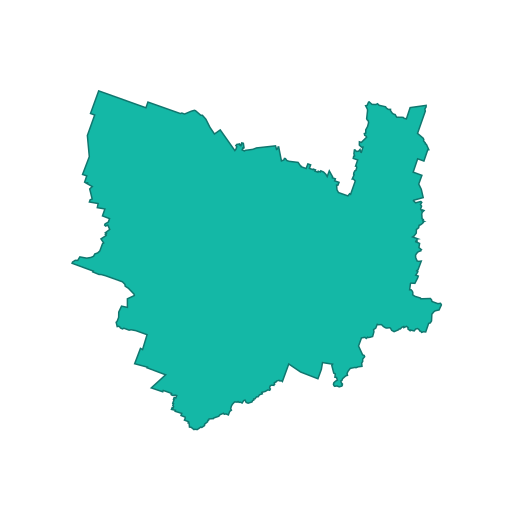 outline of Western Downs, Queensland, Australia, rotated 102°
{"feature_id": "25037944B15079852191884", "entity_name": "Western Downs", "entity_type": "district", "adm_level": 2, "iso_a3": "AUS", "parent_name": "Australia", "parent_adm1": "Queensland", "projection": "albers", "projection_center": [150.512, -26.807], "detail": "fine", "context": "isolated", "style": "filled", "palette": "teal", "viewbox_px": 512, "rotation_deg": 102, "n_neighbors": 0, "source": "geoboundaries", "source_scale": "gbopen_adm2", "svg_char_len": 6076}
<svg xmlns="http://www.w3.org/2000/svg" viewBox="0 0 512 512"><g transform="rotate(102 256 256)"><path d="M127.2,444.2L151.0,447.5L151.6,443.1L173.2,446.0L193.5,439.7L212.3,442.6L212.8,438.2L219.4,439.0L220.1,437.0L219.5,436.7L219.4,436.0L220.4,436.0L222.1,430.6L225.0,432.6L234.3,428.1L235.5,429.9L237.8,430.2L237.5,421.3L241.7,421.3L241.4,413.6L248.7,414.5L249.9,407.0L253.5,407.5L256.0,410.3L257.2,410.5L258.0,409.3L256.6,407.4L260.4,404.6L264.5,408.1L264.8,406.9L265.4,406.9L266.1,407.9L267.1,406.8L271.5,411.2L274.9,407.7L275.9,408.7L283.5,409.8L285.9,411.5L287.5,414.1L290.0,414.8L291.7,417.1L293.3,421.1L293.5,428.1L297.4,429.5L297.8,431.9L300.1,434.2L301.4,434.4L304.6,412.0L305.5,412.3L306.7,405.8L306.3,403.4L306.6,398.9L309.0,381.3L311.0,378.3L312.7,377.7L314.1,374.1L318.7,367.3L320.0,366.8L324.6,372.9L333.0,371.1L333.0,377.1L339.4,378.6L344.6,377.6L348.9,378.3L349.9,379.0L353.9,377.1L353.3,375.8L353.8,374.4L354.6,373.6L355.1,371.4L354.1,370.2L354.9,364.7L354.1,362.8L354.0,358.0L355.6,346.2L371.1,347.5L370.4,349.8L386.6,352.3L387.3,339.1L388.0,339.3L391.0,319.7L406.8,331.0L408.2,319.0L406.8,318.8L407.2,315.4L408.0,310.0L409.2,310.2L409.7,308.9L408.9,306.0L409.0,304.5L411.5,304.9L411.3,306.6L413.4,306.9L413.5,306.3L417.5,306.8L417.7,305.9L419.5,306.3L420.4,305.3L422.0,305.5L421.8,306.5L423.6,306.8L423.7,302.7L424.7,302.8L425.4,295.9L427.6,296.2L428.3,291.9L429.3,291.5L431.4,291.9L432.1,287.5L433.4,287.7L433.4,286.7L437.2,285.5L437.0,283.9L438.7,280.6L438.2,279.9L438.0,277.4L434.8,274.4L435.0,273.4L432.6,271.1L431.2,271.3L428.2,268.9L426.7,268.9L426.4,268.2L425.1,268.0L423.9,263.8L423.1,263.5L420.5,259.1L418.7,258.2L416.6,255.1L417.4,254.2L416.7,252.5L417.2,250.0L413.5,249.4L411.9,248.0L410.7,249.0L408.1,248.9L406.0,248.3L403.2,246.6L402.8,243.9L402.1,243.3L402.7,242.1L402.2,241.0L402.7,239.0L400.0,238.0L399.2,236.8L401.3,235.2L401.6,233.1L399.6,229.6L398.2,229.3L397.3,228.2L396.3,228.5L395.9,227.3L393.6,226.2L393.3,224.7L391.0,223.7L389.5,221.2L388.2,222.0L386.5,218.7L384.5,216.6L384.5,214.7L383.1,214.3L382.3,215.3L380.3,215.2L379.2,214.2L378.8,211.7L378.3,211.9L377.5,211.1L376.4,211.8L375.3,210.9L375.3,210.4L373.9,209.7L372.8,207.6L373.3,206.6L372.7,205.2L373.3,204.1L354.8,201.5L360.2,188.3L363.2,169.9L353.3,168.5L346.4,168.8L345.9,158.6L347.3,159.1L354.4,155.6L354.9,153.9L358.2,153.6L358.1,152.0L360.5,150.6L361.9,152.2L363.8,153.5L365.4,153.6L366.6,152.8L367.1,152.0L366.3,149.8L366.7,147.4L365.4,145.0L364.4,144.7L363.6,145.3L363.2,144.9L362.0,146.4L360.5,147.0L359.9,146.1L358.0,145.8L354.6,143.3L353.7,141.7L352.1,142.5L349.8,142.1L346.3,140.4L344.4,136.0L344.5,135.0L343.2,133.1L341.9,129.4L338.7,130.4L337.0,129.7L334.6,130.2L331.9,128.8L330.8,129.5L330.5,131.2L322.7,137.0L314.2,135.8L312.9,132.6L313.7,131.0L312.2,130.0L312.5,129.5L311.9,127.8L310.5,125.2L305.7,124.9L303.5,125.7L301.7,123.9L297.6,123.2L297.8,122.2L297.0,119.0L298.5,116.7L299.3,114.4L299.3,113.1L298.4,110.5L298.6,109.5L300.5,107.8L301.3,105.2L298.5,101.2L297.5,100.7L297.3,99.6L295.5,98.6L294.3,96.9L295.3,96.5L293.5,94.2L294.4,92.3L295.8,92.2L297.0,89.8L296.3,89.7L296.4,85.7L294.3,84.7L293.4,83.0L293.9,81.4L295.3,80.2L295.3,79.3L296.3,78.1L295.3,76.5L295.0,74.2L286.0,73.1L285.2,71.6L283.0,70.8L276.4,71.9L273.5,70.4L272.3,69.2L270.7,65.7L265.3,64.5L264.6,65.0L263.9,65.7L264.8,68.2L263.9,74.4L262.5,75.1L261.3,76.6L263.6,85.9L262.9,86.4L262.4,92.3L261.3,94.7L259.4,94.9L258.0,95.7L256.8,97.3L257.1,98.7L250.9,99.2L250.3,98.8L249.7,94.9L243.8,93.3L241.9,93.1L241.5,95.8L238.4,94.6L237.3,94.5L237.1,95.7L235.4,94.6L226.6,93.3L227.4,95.6L227.4,97.3L224.4,99.5L221.9,100.1L220.0,99.4L218.1,98.2L216.6,95.8L215.8,96.0L215.4,95.6L213.9,98.4L209.7,98.6L208.8,102.8L208.2,102.8L207.8,101.6L206.0,102.2L205.6,101.2L204.8,106.8L203.6,105.6L200.3,104.0L196.7,104.6L194.6,102.8L192.0,102.8L191.4,101.6L189.5,100.0L188.4,99.3L188.2,99.7L187.3,99.5L187.1,98.9L186.7,100.3L185.6,99.9L185.0,101.3L180.5,102.6L178.7,102.5L176.6,101.1L176.3,103.0L177.2,103.5L175.8,104.8L172.8,104.4L171.4,105.9L169.1,105.0L168.4,106.1L170.8,111.0L169.2,113.5L168.6,113.3L164.1,104.6L156.4,108.2L151.8,111.8L142.6,110.5L141.3,119.7L127.3,118.1L128.2,111.5L116.5,110.1L116.1,109.1L111.3,112.6L111.1,113.7L110.1,114.0L108.7,116.0L107.2,116.1L106.0,117.0L102.5,123.5L79.1,120.5L77.1,121.4L74.9,120.6L73.3,120.9L78.8,136.1L90.6,137.4L90.5,139.8L89.8,141.0L91.0,147.3L88.7,149.3L88.6,151.0L87.9,152.5L85.8,154.7L84.6,154.9L85.1,157.1L84.2,159.2L83.1,160.3L83.0,166.9L81.8,168.8L82.9,170.2L83.6,174.1L81.7,177.4L82.1,177.9L85.6,178.6L86.2,180.0L89.3,177.5L90.8,177.1L98.8,176.3L99.9,175.3L100.1,174.5L102.2,173.6L106.2,173.8L109.8,174.9L113.0,174.2L113.7,175.5L115.3,174.8L115.8,173.3L116.8,172.5L123.0,176.6L122.8,178.6L126.0,178.0L127.6,175.5L127.3,174.0L132.7,174.5L132.6,175.2L130.2,176.4L132.2,177.5L132.8,179.6L131.6,181.3L131.8,181.8L135.6,181.5L137.6,180.4L138.1,181.2L140.3,181.2L140.9,176.5L147.4,177.3L147.3,176.5L148.5,175.8L151.4,176.1L152.2,177.1L154.4,177.6L155.8,177.5L156.1,176.9L160.7,177.9L160.5,176.7L162.0,174.5L176.0,176.3L175.6,177.3L178.1,178.6L176.8,188.5L174.4,190.6L169.9,191.9L169.7,190.6L166.7,190.1L166.1,194.7L164.0,194.4L163.6,197.6L162.7,197.5L157.5,202.0L163.5,202.9L161.6,204.6L159.8,207.4L159.2,210.3L160.4,210.5L160.1,212.8L161.2,212.9L160.7,216.0L159.4,215.7L159.1,218.0L159.7,218.1L159.2,222.0L155.5,221.5L155.1,224.4L160.0,225.2L159.3,230.4L158.8,230.4L158.7,231.1L155.7,234.3L156.5,243.4L156.2,245.7L154.6,247.5L154.7,248.5L156.3,248.7L157.7,250.9L144.6,256.5L144.8,256.9L145.3,256.4L146.2,257.6L146.9,257.4L147.5,258.1L144.2,259.8L150.2,278.0L152.3,281.2L154.9,288.4L155.7,289.2L155.1,291.6L152.8,291.3L152.6,290.9L153.1,290.6L152.7,290.2L148.4,291.8L148.3,293.4L149.5,293.3L150.1,294.5L150.5,293.5L151.3,293.7L150.9,294.8L149.8,295.7L150.6,296.8L150.6,297.7L152.1,298.7L153.1,297.5L156.0,297.9L157.3,298.6L140.1,317.2L145.3,322.0L139.6,327.9L132.6,333.5L129.5,337.7L129.8,339.3L126.5,345.3L126.3,346.5L127.8,349.4L132.0,355.4L131.6,358.3L132.4,359.6L127.9,393.7L133.9,394.5L127.2,444.2Z" fill="#14b8a6" stroke="#0f766e" stroke-width="1.5"/></g></svg>